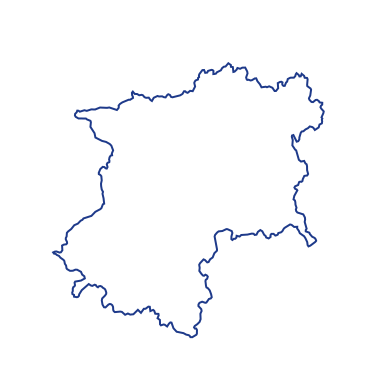 outline of Carlos Chagas, Minas Gerais, Brazil, rotated 194°
{"feature_id": "56859067B18228425283518", "entity_name": "Carlos Chagas", "entity_type": "district", "adm_level": 2, "iso_a3": "BRA", "parent_name": "Brazil", "parent_adm1": "Minas Gerais", "projection": "robinson", "projection_center": [-40.857, -17.668], "detail": "fine", "context": "isolated", "style": "outline", "palette": "blue", "viewbox_px": 384, "rotation_deg": 194, "n_neighbors": 0, "source": "geoboundaries", "source_scale": "gbopen_adm2", "svg_char_len": 5949}
<svg xmlns="http://www.w3.org/2000/svg" viewBox="0 0 384 384"><g transform="rotate(194 192 192)"><path d="M281.1,61.9L278.2,62.1L277.2,62.7L276.6,63.9L276.7,65.4L275.2,70.1L269.9,77.7L267.4,76.8L266.0,76.8L264.0,78.5L262.8,78.4L261.7,77.3L260.2,76.8L259.6,77.9L258.3,78.6L256.7,78.4L255.5,77.6L253.3,76.9L252.3,76.0L250.9,73.8L250.6,72.4L251.3,70.5L253.4,67.0L253.3,64.9L251.6,61.1L249.5,58.9L248.0,59.1L245.8,62.6L244.6,63.5L243.4,63.5L242.0,62.9L240.8,61.4L239.9,58.5L239.1,57.4L237.8,56.8L232.7,58.6L231.0,58.7L227.2,56.7L224.8,58.6L222.3,58.1L219.3,59.2L216.0,64.6L212.3,62.4L210.5,67.0L208.8,67.5L206.6,70.2L205.2,70.4L203.6,66.4L201.2,68.2L199.9,67.6L198.2,65.0L195.1,65.6L194.5,64.3L194.9,61.2L192.2,60.1L191.0,55.9L189.9,55.1L187.5,56.6L186.3,56.6L183.6,55.5L182.5,58.7L181.5,60.2L180.3,60.3L177.0,55.3L173.1,52.7L166.1,53.0L163.1,52.2L160.6,52.3L159.5,51.9L158.4,50.8L156.6,51.2L153.2,54.6L153.0,55.8L153.8,59.3L154.9,60.5L156.2,60.2L157.3,61.2L156.9,62.7L154.9,65.0L153.2,67.8L152.9,70.7L154.4,75.9L153.9,78.9L154.7,80.6L158.2,82.9L158.5,84.5L157.9,86.3L155.6,88.0L152.3,87.7L151.3,88.2L149.7,92.3L148.0,93.3L147.4,94.7L148.7,97.4L151.0,100.8L153.3,102.5L154.9,102.9L155.7,104.3L157.4,108.8L157.4,110.1L156.3,111.5L156.2,113.7L157.3,114.6L159.0,115.0L160.1,113.6L161.2,113.6L163.3,115.0L165.8,117.2L166.2,120.3L167.4,123.1L167.0,124.8L164.5,129.4L163.1,129.2L160.2,127.4L159.0,128.0L158.1,131.1L156.1,133.5L155.5,138.0L153.6,141.1L153.9,142.5L159.3,154.3L159.2,156.0L157.8,158.8L156.7,160.2L153.1,161.5L149.7,164.3L148.6,164.5L144.0,163.7L142.9,162.0L143.0,158.5L142.4,155.8L141.2,155.2L140.1,156.7L138.7,157.1L137.9,158.5L138.1,160.3L135.0,160.3L133.8,162.2L127.9,164.1L123.9,166.1L122.1,166.4L120.8,165.5L119.1,166.2L118.4,169.3L116.5,171.6L114.3,170.9L111.6,167.9L110.0,167.2L109.0,165.8L106.4,165.5L104.9,167.4L105.4,169.2L104.8,170.6L102.7,171.1L100.6,169.9L99.5,170.5L98.5,171.4L98.3,173.1L96.0,174.3L94.9,175.7L94.0,178.8L93.0,180.1L89.0,184.2L87.4,184.2L84.4,182.8L81.5,183.7L81.2,182.1L79.0,180.2L77.4,178.1L72.5,176.2L70.7,174.5L68.1,171.3L67.0,168.5L65.8,167.4L64.2,168.6L60.3,173.4L59.7,174.7L60.6,176.1L61.9,177.1L64.6,177.7L67.3,179.6L68.3,180.9L72.1,181.3L72.4,182.6L71.9,184.1L75.4,190.2L75.6,192.8L76.3,194.6L78.6,197.2L84.8,197.6L86.2,198.6L87.0,200.2L86.8,202.0L88.5,204.7L89.3,207.2L90.1,208.7L91.7,209.4L91.8,213.0L90.2,219.1L91.1,219.8L92.6,220.0L93.7,221.1L93.3,222.5L90.7,224.5L90.5,227.5L89.6,228.2L88.2,228.4L87.5,229.4L87.6,231.2L86.9,234.8L84.2,235.9L83.7,237.6L85.6,241.0L86.6,244.8L87.5,246.6L88.9,247.2L90.7,249.3L93.6,247.9L96.1,249.1L101.0,257.6L102.1,258.0L105.9,261.5L106.8,266.8L108.5,269.7L108.6,271.0L107.4,271.8L102.6,266.2L101.2,267.0L100.6,269.0L101.0,270.9L100.8,275.7L100.2,277.2L98.6,277.9L97.0,280.2L94.9,282.0L93.6,284.1L91.0,284.1L89.7,283.6L87.8,281.9L84.7,285.3L84.6,288.3L82.6,290.0L82.8,292.1L83.5,293.5L83.3,294.8L84.4,295.7L83.6,300.4L83.7,302.1L86.8,304.2L87.9,305.4L87.7,306.9L86.8,308.3L87.2,310.1L89.9,309.8L90.9,310.9L93.0,311.7L94.3,311.2L96.3,308.5L97.9,308.3L100.5,310.0L101.2,311.2L100.6,314.2L101.2,320.1L102.0,321.1L105.7,322.6L106.2,323.7L107.1,329.4L108.0,330.5L110.3,330.1L111.3,331.8L114.2,333.2L114.5,330.5L115.7,330.1L116.8,331.4L119.3,332.6L119.8,331.3L119.8,329.5L120.8,327.6L124.2,326.7L126.4,324.8L126.4,322.1L127.2,321.0L127.7,317.4L128.8,317.1L129.8,317.5L130.6,318.6L130.7,320.2L131.9,320.6L133.2,320.1L135.1,318.4L133.5,313.5L135.0,310.3L136.3,310.0L139.2,312.6L142.7,313.2L144.6,311.8L145.9,312.0L149.9,310.4L152.2,313.0L155.3,315.3L157.2,317.8L158.5,317.4L160.9,315.0L162.1,314.4L164.4,314.6L165.5,314.1L166.4,314.8L167.2,316.3L166.8,320.5L167.6,322.3L170.5,325.6L173.3,324.8L175.1,323.2L177.9,323.3L178.3,321.5L179.8,319.1L180.9,318.5L182.6,323.1L184.5,322.9L185.0,324.6L187.9,325.7L189.8,321.9L191.5,321.2L192.8,319.4L193.4,317.1L196.9,314.1L197.3,312.8L198.4,312.1L199.8,311.6L200.5,314.7L201.5,315.3L202.7,315.2L205.7,313.4L206.1,311.6L208.0,310.8L209.8,313.3L211.4,312.8L213.3,308.4L213.5,306.9L212.9,305.2L213.7,304.2L213.4,302.6L215.5,301.1L216.0,299.9L216.2,298.4L214.5,295.1L215.7,290.0L218.3,289.7L220.2,287.2L221.6,287.3L223.0,288.1L224.1,287.8L225.0,284.8L226.9,282.9L233.8,279.2L235.3,279.2L236.9,280.8L238.7,281.1L239.6,279.9L240.5,277.4L242.2,277.2L244.1,277.6L247.1,276.7L248.7,276.8L251.9,274.2L252.9,270.6L254.5,271.2L256.8,273.1L259.3,272.3L261.0,272.5L263.1,274.0L264.3,274.1L266.6,273.1L269.0,273.8L271.3,273.3L273.7,275.1L274.3,273.8L273.5,271.4L272.5,270.3L272.0,269.0L274.4,266.5L275.8,266.2L281.3,262.1L283.2,260.0L284.1,258.1L283.6,256.8L283.6,255.6L284.7,253.4L292.7,254.0L294.8,253.1L301.7,251.7L306.0,248.6L309.7,247.8L313.7,245.3L316.2,245.3L320.3,242.8L321.7,243.4L323.0,243.2L323.2,241.4L324.3,239.6L324.1,237.9L323.0,236.8L320.0,235.9L312.7,237.6L311.4,237.0L307.8,236.5L307.0,235.3L306.3,230.6L300.8,225.5L298.9,221.5L291.6,219.8L287.5,219.8L283.5,218.7L281.5,217.5L278.6,213.3L279.1,210.0L278.4,208.3L279.7,207.7L280.4,205.7L280.3,203.4L279.6,202.2L279.5,200.9L281.0,199.9L281.4,198.3L280.0,195.8L280.4,194.1L281.6,194.1L283.0,195.0L284.7,194.8L286.5,192.1L287.1,188.1L286.7,186.8L285.1,186.4L283.8,185.4L282.4,181.4L282.3,178.1L281.6,175.8L280.2,172.6L278.4,170.6L278.4,168.6L276.3,164.5L274.4,159.4L275.5,158.5L276.0,154.4L276.9,153.1L281.0,149.4L283.8,144.5L290.9,140.1L291.6,138.5L293.1,137.2L295.1,133.7L298.2,131.3L300.2,126.9L302.7,123.7L303.5,122.1L302.9,118.5L303.3,116.8L303.0,115.5L301.2,113.3L300.8,112.1L301.3,110.9L303.7,109.9L305.1,108.6L303.7,104.1L304.6,101.8L305.9,101.2L309.2,101.5L310.6,101.0L312.1,99.8L310.9,98.8L309.4,99.0L307.9,98.2L305.6,97.8L303.9,96.5L300.2,95.0L299.2,94.2L298.0,91.6L296.4,90.2L295.3,87.6L294.4,86.9L291.3,86.0L288.5,86.8L286.4,88.4L284.7,88.8L280.4,87.7L278.6,85.3L276.1,84.2L275.1,82.2L278.3,79.2L283.7,76.8L284.0,75.6L283.0,73.3L283.2,72.1L284.2,70.9L284.3,69.3L283.7,67.1L283.9,65.4L283.3,64.0L281.6,63.6L281.1,61.9Z" fill="none" stroke="#1e3a8a" stroke-width="2"/></g></svg>